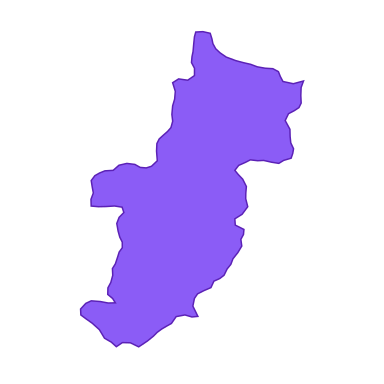 the district of Tocos do Moji, Minas Gerais, Brazil, rotated 95°
{"feature_id": "56859067B62274754199579", "entity_name": "Tocos do Moji", "entity_type": "district", "adm_level": 2, "iso_a3": "BRA", "parent_name": "Brazil", "parent_adm1": "Minas Gerais", "projection": "natural_earth1", "projection_center": [-46.147, -22.358], "detail": "fine", "context": "isolated", "style": "filled", "palette": "violet", "viewbox_px": 384, "rotation_deg": 95, "n_neighbors": 0, "source": "geoboundaries", "source_scale": "gbopen_adm2", "svg_char_len": 1936}
<svg xmlns="http://www.w3.org/2000/svg" viewBox="0 0 384 384"><g transform="rotate(95 192 192)"><path d="M275.2,264.6L281.9,263.7L289.2,265.0L294.8,267.4L301.4,267.0L305.0,261.8L309.1,258.7L309.9,265.8L309.1,273.9L309.2,282.9L312.2,288.1L318.3,292.8L324.2,292.0L327.6,286.5L331.4,280.0L337.2,272.3L345.3,266.4L348.6,259.3L352.7,253.9L348.1,248.2L347.6,240.3L350.9,231.6L344.4,223.5L339.0,217.9L334.9,214.5L331.2,210.3L328.1,206.0L324.7,201.0L317.5,196.9L315.1,188.3L316.5,181.2L315.4,175.3L310.9,178.0L305.6,181.2L297.8,180.3L293.0,177.6L289.2,171.5L285.6,164.8L278.9,162.4L275.8,156.8L272.1,152.8L265.6,150.3L260.7,147.0L255.0,145.4L248.3,141.0L241.5,137.7L234.9,139.2L229.8,137.0L224.8,137.0L221.2,146.0L215.0,147.0L209.8,140.1L201.8,135.2L194.0,137.9L188.4,138.3L181.8,138.3L174.8,142.6L170.5,147.5L166.7,151.2L161.4,147.8L157.8,141.3L154.9,136.7L155.1,129.3L154.3,123.4L155.4,115.3L155.9,108.0L152.5,103.4L149.7,96.2L144.8,95.0L140.1,94.6L134.4,97.9L128.1,99.1L121.0,99.9L112.7,105.4L105.6,102.7L102.0,97.1L98.6,92.8L93.9,91.0L86.4,92.0L78.4,92.4L71.7,90.6L75.3,100.5L74.0,111.0L69.2,114.1L64.6,116.4L62.1,122.2L62.3,129.9L61.6,137.9L59.7,144.7L58.7,151.9L57.3,159.9L54.6,169.7L50.9,176.2L47.2,180.9L42.4,184.1L37.7,185.5L32.3,187.7L31.3,195.1L32.3,202.2L37.2,203.1L44.9,203.2L52.0,203.2L57.1,203.8L63.1,203.8L68.5,200.3L75.8,199.7L81.0,206.0L80.5,215.2L84.8,220.8L93.2,217.4L101.0,217.4L107.9,218.8L116.5,218.8L123.2,217.4L129.7,218.6L133.9,221.7L138.1,225.7L142.0,229.3L146.8,231.2L154.3,230.9L163.9,229.3L169.9,234.6L172.0,239.7L172.0,245.8L169.5,251.3L169.2,259.4L171.7,267.1L177.3,272.4L178.5,280.6L181.1,285.7L184.2,290.2L189.4,293.4L195.8,291.8L201.6,290.2L208.1,292.0L214.8,291.2L214.8,283.9L214.0,276.6L212.7,268.0L213.2,260.3L218.4,258.1L223.6,262.4L229.9,264.2L237.4,262.2L243.3,260.0L248.0,257.1L253.6,256.6L258.1,259.3L262.7,260.3L270.3,262.1L275.2,264.6Z" fill="#8b5cf6" stroke="#5b21b6" stroke-width="1.5"/></g></svg>